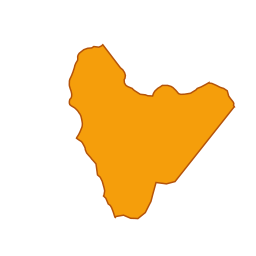 Morne Vient, Vieux Fort, Saint Lucia (Albers equal-area conic projection), rotated 211°
{"feature_id": "8701671B46237577852216", "entity_name": "Morne Vient", "entity_type": "district", "adm_level": 2, "iso_a3": "LCA", "parent_name": "Saint Lucia", "parent_adm1": "Vieux Fort", "projection": "albers", "projection_center": [-60.951, 13.807], "detail": "fine", "context": "isolated", "style": "filled", "palette": "amber", "viewbox_px": 256, "rotation_deg": 211, "n_neighbors": 0, "source": "geoboundaries", "source_scale": "gbopen_adm2", "svg_char_len": 2190}
<svg xmlns="http://www.w3.org/2000/svg" viewBox="0 0 256 256"><g transform="rotate(211 128 128)"><path d="M82.1,208.4L82.5,207.7L83.6,205.7L86.4,201.0L89.0,197.6L89.4,195.6L92.3,190.0L96.8,186.2L100.1,184.0L102.3,183.5L106.4,184.9L110.3,185.8L112.5,185.8L116.0,184.9L120.5,182.2L121.4,180.2L122.9,177.3L124.0,173.5L124.0,170.8L123.4,168.1L127.7,165.8L130.1,165.4L132.1,164.5L134.9,163.2L141.4,163.4L143.2,163.6L144.7,164.1L149.2,163.4L151.6,163.4L154.2,164.7L156.2,167.4L156.2,169.0L157.3,171.7L159.5,173.7L162.5,175.2L165.6,175.7L192.5,186.4L193.0,184.7L194.6,182.3L199.3,180.2L200.3,178.0L203.7,175.5L206.2,172.4L207.5,169.1L208.3,166.8L208.3,164.6L207.8,163.0L207.1,162.1L206.1,160.2L206.1,156.6L205.7,154.1L205.1,152.3L205.0,151.9L204.7,150.7L204.4,149.3L204.0,147.7L203.8,146.4L203.6,145.2L203.4,144.2L203.3,143.1L203.2,142.3L203.1,141.2L203.0,140.1L202.7,138.8L202.3,137.9L202.0,137.3L201.6,136.7L201.1,135.7L200.6,134.9L199.9,133.9L198.9,133.0L197.7,131.9L197.0,131.3L196.1,130.6L194.8,129.3L194.0,128.4L193.3,127.4L192.6,126.0L192.3,124.8L192.3,124.0L192.6,122.7L192.4,121.8L191.9,120.5L191.6,119.9L191.2,119.4L191.1,119.2L190.7,118.7L190.4,118.6L190.0,118.1L189.5,118.0L188.1,117.8L186.6,117.8L184.1,117.8L182.2,117.4L181.0,117.1L179.7,116.7L178.6,116.2L177.4,115.6L176.1,115.1L174.2,113.7L172.0,111.4L170.6,109.8L169.6,108.6L168.9,107.4L168.2,106.0L167.8,104.4L167.5,102.3L167.2,100.3L167.0,98.2L166.9,96.4L167.0,93.3L166.9,92.7L164.4,92.5L161.0,92.4L159.4,91.8L156.3,90.0L154.5,88.8L153.3,87.3L150.6,85.3L148.0,84.4L145.0,83.5L143.1,82.7L139.4,81.6L136.9,80.7L130.0,72.1L128.3,71.8L126.5,71.5L122.7,69.1L119.1,65.7L117.8,64.5L115.6,62.1L114.5,59.3L114.0,58.0L114.0,57.1L110.9,56.4L108.8,54.9L105.8,52.7L103.4,52.5L101.1,51.3L97.5,48.5L93.4,44.9L92.8,44.8L92.7,46.0L86.9,51.0L86.7,51.0L79.2,52.0L74.9,54.4L72.9,55.4L69.6,64.4L70.2,72.2L70.5,76.8L71.4,79.9L72.4,83.2L75.9,95.7L69.8,98.4L66.3,99.9L60.1,106.3L47.9,200.7L47.7,200.9L48.0,201.1L48.8,201.5L49.1,201.6L49.9,203.4L50.1,203.7L51.6,204.6L55.3,206.0L58.1,207.2L62.1,211.0L66.4,211.2L67.9,210.8L70.2,210.3L73.3,210.1L74.6,210.0L79.1,209.4L82.0,208.1L82.1,208.4Z" fill="#f59e0b" stroke="#b45309" stroke-width="1.5"/></g></svg>